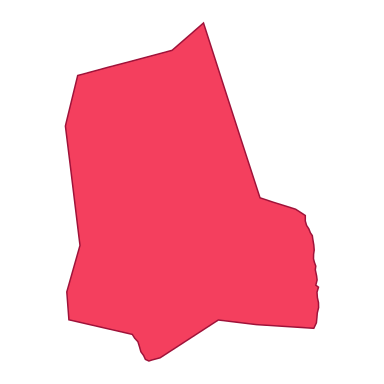 the district of Soledade, Paraíba, Brazil
{"feature_id": "56859067B64249841036450", "entity_name": "Soledade", "entity_type": "district", "adm_level": 2, "iso_a3": "BRA", "parent_name": "Brazil", "parent_adm1": "Paraíba", "projection": "equal_earth", "projection_center": [-36.314, -7.087], "detail": "fine", "context": "isolated", "style": "filled", "palette": "rose", "viewbox_px": 384, "rotation_deg": 0, "n_neighbors": 0, "source": "geoboundaries", "source_scale": "gbopen_adm2", "svg_char_len": 790}
<svg xmlns="http://www.w3.org/2000/svg" viewBox="0 0 384 384"><path d="M313.8,328.3L316.4,322.8L316.9,317.8L317.3,312.9L318.6,307.6L318.5,302.7L317.4,297.7L317.0,292.2L318.5,287.2L315.8,285.2L317.1,280.0L316.6,275.9L315.3,269.8L315.8,266.1L314.4,262.3L313.5,258.8L313.6,254.2L314.2,250.1L313.8,245.0L312.8,239.1L312.3,235.6L310.4,232.8L308.8,228.8L306.6,225.5L305.3,221.0L305.3,215.5L295.6,209.2L272.9,202.1L260.0,197.8L240.9,139.1L221.1,77.8L203.5,23.0L172.1,50.3L123.0,63.4L108.3,67.2L77.7,75.5L66.2,122.6L65.4,126.1L70.2,164.9L78.9,236.6L80.0,245.4L66.8,291.9L68.9,319.8L132.3,334.4L134.7,338.2L137.9,341.7L139.5,346.8L140.9,351.8L143.6,355.5L145.4,359.4L148.9,361.0L151.9,360.0L160.1,357.8L218.3,320.0L256.3,324.6L313.8,328.3Z" fill="#f43f5e" stroke="#9f1239" stroke-width="1.5"/></svg>